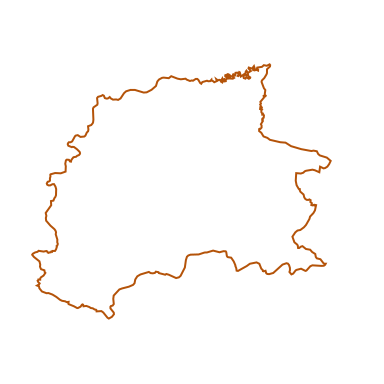 Landak, Kalimantan Barat, Indonesia (Mercator projection), rotated 191°
{"feature_id": "22746128B55433427549228", "entity_name": "Landak", "entity_type": "district", "adm_level": 2, "iso_a3": "IDN", "parent_name": "Indonesia", "parent_adm1": "Kalimantan Barat", "projection": "mercator", "projection_center": [109.722, 0.511], "detail": "fine", "context": "isolated", "style": "outline", "palette": "amber", "viewbox_px": 384, "rotation_deg": 191, "n_neighbors": 0, "source": "geoboundaries", "source_scale": "gbopen_adm2", "svg_char_len": 6003}
<svg xmlns="http://www.w3.org/2000/svg" viewBox="0 0 384 384"><g transform="rotate(191 192 192)"><path d="M47.1,147.1L48.5,146.8L49.6,147.4L53.1,150.5L56.8,150.7L58.1,151.9L59.2,154.7L62.6,156.0L65.0,157.9L69.3,157.8L73.2,159.9L74.6,159.2L76.1,157.5L77.2,157.3L78.0,159.7L78.8,160.5L81.9,162.2L84.9,167.3L82.9,172.1L81.1,174.3L78.4,175.4L75.4,178.7L73.8,181.4L71.6,187.9L71.4,190.4L68.8,194.5L67.8,197.4L67.7,202.8L69.3,202.8L69.6,202.2L70.1,202.5L71.3,201.8L72.4,202.0L72.2,203.9L73.9,204.8L74.0,206.6L75.4,207.1L76.3,206.4L78.0,206.2L79.6,206.9L80.8,208.2L82.0,210.8L85.6,212.9L86.5,214.1L86.7,215.4L87.8,215.4L90.6,218.6L91.1,219.8L92.3,222.8L93.3,230.4L88.7,230.9L86.4,232.2L85.3,233.8L84.1,234.6L78.0,236.9L75.6,236.8L70.8,235.7L71.1,241.3L67.4,240.3L65.9,240.9L64.0,242.7L62.7,245.5L61.8,249.0L66.2,251.5L73.5,252.3L75.4,253.4L77.2,255.8L80.6,255.8L82.6,255.0L92.9,254.9L103.5,255.9L109.6,258.3L114.8,257.7L125.5,258.1L128.3,259.5L132.4,260.2L135.3,263.4L137.7,264.6L138.1,266.6L137.7,267.0L136.9,267.0L136.0,268.5L136.4,270.6L137.3,271.7L136.3,274.3L136.8,276.1L136.2,275.9L136.6,277.9L135.8,278.6L136.0,280.9L137.0,282.0L137.2,281.4L137.8,281.3L138.0,282.4L139.1,283.5L139.5,285.2L139.1,286.2L141.0,286.4L141.1,288.0L139.6,287.8L139.5,288.1L140.1,288.8L140.9,288.8L141.0,289.9L141.8,290.9L141.2,291.9L142.1,293.5L139.4,298.4L140.0,300.0L139.4,300.3L138.2,300.0L138.0,300.6L139.2,301.5L139.5,306.1L141.2,307.6L144.6,313.1L144.8,314.0L144.5,315.1L142.8,317.6L141.3,321.7L141.1,323.1L141.8,326.8L139.4,330.1L139.5,331.5L140.2,332.1L142.6,330.2L145.7,330.2L147.2,328.2L151.7,326.6L151.8,325.8L150.4,324.6L150.3,323.8L152.1,324.2L153.8,323.3L155.2,323.4L155.3,323.9L154.0,325.2L155.2,327.4L156.6,324.6L160.0,325.0L160.1,324.1L157.3,322.0L159.6,319.9L160.4,320.1L161.7,321.5L162.2,320.5L162.2,318.3L161.7,317.2L161.0,316.7L160.0,318.2L159.5,318.2L159.0,316.6L156.7,315.6L156.7,315.0L157.8,314.0L160.4,314.9L160.9,314.7L161.2,313.5L162.9,313.7L163.4,314.8L163.0,317.3L163.3,317.6L166.1,314.7L167.9,318.6L168.6,318.8L168.8,318.1L167.9,315.8L168.7,314.6L169.3,314.7L168.7,316.1L168.9,317.0L170.4,317.8L172.0,317.3L171.8,315.2L172.2,314.3L172.9,314.4L173.7,315.5L174.1,315.3L174.1,313.0L172.5,312.0L173.6,311.0L176.8,310.6L176.0,313.3L178.6,314.5L179.5,314.5L179.9,314.1L177.9,312.6L177.6,311.4L178.0,310.5L178.6,310.8L180.1,313.0L181.5,313.1L181.6,312.2L179.5,310.7L179.5,309.3L180.1,308.5L182.4,309.4L180.5,308.0L180.1,307.2L181.1,306.8L182.2,308.1L183.1,305.3L183.7,305.6L183.3,308.0L183.9,309.2L184.9,306.3L185.9,307.3L186.8,307.3L187.9,306.5L189.7,307.4L188.7,305.7L191.1,304.0L192.6,304.9L193.9,305.0L194.3,306.0L195.3,304.3L197.2,303.8L198.5,304.1L202.8,301.9L203.6,300.0L204.7,300.5L207.2,303.3L208.4,304.0L209.9,303.7L212.3,301.4L213.4,301.5L215.2,300.6L218.7,301.3L219.9,302.0L224.5,300.5L227.8,300.5L234.5,301.7L236.5,299.3L241.5,298.9L243.1,298.4L245.8,296.2L247.1,293.9L247.6,289.2L251.2,284.6L255.5,281.2L258.4,280.4L267.5,281.3L271.8,280.5L275.9,278.3L277.6,276.0L280.0,270.2L282.1,268.3L284.0,268.4L287.2,267.6L289.6,268.4L290.9,269.5L292.4,267.8L293.5,267.4L295.0,267.5L295.5,267.6L296.9,269.7L298.2,270.1L299.4,269.0L302.4,267.5L303.1,266.1L301.6,261.1L301.6,259.6L304.8,256.3L305.1,254.8L302.6,244.2L302.4,241.7L302.6,240.5L303.7,238.5L306.6,236.7L305.6,233.5L305.6,231.8L306.6,230.3L307.4,227.0L308.3,225.9L312.0,224.8L315.0,226.0L316.9,225.2L317.5,224.4L319.3,218.8L320.6,217.7L322.4,217.3L323.1,216.0L323.0,214.9L322.2,213.8L318.5,213.1L317.7,213.6L316.3,213.6L313.2,212.1L310.0,210.0L309.3,208.8L309.4,207.7L310.0,206.7L311.7,205.6L312.5,204.5L315.0,203.5L316.5,200.6L316.6,198.7L317.6,198.7L318.9,200.1L321.0,199.9L321.8,199.0L321.8,195.5L320.8,193.2L320.0,187.9L324.4,185.3L330.0,184.5L334.2,182.4L334.4,182.0L333.9,180.0L334.1,178.5L333.6,176.0L334.6,174.9L335.6,174.5L336.2,172.7L335.6,171.6L334.1,171.1L332.5,171.4L330.5,173.0L329.0,173.4L327.1,171.3L325.9,169.0L324.9,162.9L325.2,161.1L325.9,159.7L326.4,157.1L328.7,156.2L327.7,152.1L331.6,143.5L330.4,140.8L330.5,138.6L329.7,136.0L324.6,132.0L320.0,129.3L318.7,128.1L317.8,126.6L317.7,124.5L315.1,119.6L314.7,117.0L313.8,115.4L314.0,113.9L314.6,113.1L314.2,112.5L314.5,109.9L315.2,108.0L317.8,107.5L317.9,106.6L318.9,106.6L319.2,105.8L320.5,105.5L321.1,104.9L322.2,105.1L322.7,106.0L323.7,106.3L326.3,105.2L331.4,105.0L332.2,103.8L334.4,102.8L336.5,101.0L336.9,99.9L334.8,98.1L328.5,94.8L327.1,91.7L327.0,89.8L326.3,88.6L325.4,87.4L322.0,87.0L321.2,85.1L320.5,84.6L321.8,81.6L324.1,79.3L324.5,78.1L324.3,77.0L326.1,76.8L326.1,76.1L326.6,75.4L325.6,74.1L324.1,73.2L324.5,72.1L326.2,70.6L324.2,70.2L323.4,68.3L320.3,65.7L315.5,64.9L313.6,65.4L309.4,64.7L305.1,63.1L301.0,61.0L298.8,60.4L295.7,60.5L293.9,60.0L292.2,60.6L292.1,58.8L291.7,58.4L286.1,57.3L282.7,56.2L281.9,56.3L279.5,58.2L278.6,60.3L277.9,60.8L277.3,60.5L276.7,59.1L274.0,60.0L270.9,59.5L269.2,58.8L267.2,58.9L265.2,58.1L263.7,58.1L263.3,57.8L262.9,56.6L258.2,57.8L256.1,56.8L251.0,52.5L249.5,51.9L246.8,54.2L245.3,57.1L245.8,58.7L249.8,62.1L250.2,63.7L249.9,64.5L248.2,65.4L247.4,67.1L248.9,72.1L249.1,75.4L244.7,82.5L242.2,84.0L235.9,87.0L232.1,89.6L231.0,91.5L231.0,95.3L229.6,98.8L226.9,101.2L219.1,105.3L217.1,104.5L214.9,104.7L213.0,105.5L212.3,106.9L209.6,106.9L209.1,106.1L202.5,105.7L201.6,106.6L199.1,106.4L191.2,104.5L188.6,105.7L187.2,107.5L184.6,116.5L185.0,124.1L184.6,127.5L183.5,129.0L181.5,130.2L173.5,132.0L168.1,135.0L165.8,135.5L160.1,138.5L153.5,138.1L149.8,139.9L147.6,140.2L146.9,139.5L145.6,135.9L145.0,135.2L144.3,134.9L141.0,135.0L137.8,131.8L135.4,128.3L135.4,127.8L134.0,125.6L133.2,123.3L131.8,123.3L124.1,129.8L121.5,132.6L115.2,135.2L112.2,134.4L109.4,130.0L107.5,128.7L107.3,127.9L106.5,127.8L104.8,128.7L103.6,126.4L102.5,125.9L100.6,126.1L96.8,128.0L89.3,138.0L85.7,140.1L84.2,140.0L82.8,138.8L81.4,136.2L80.9,133.8L81.1,132.1L78.7,130.1L77.1,131.2L75.3,134.8L74.5,135.5L70.3,137.5L65.6,136.2L64.7,136.7L61.7,141.7L59.8,143.0L50.6,144.2L48.5,144.8L47.4,146.0L47.1,147.1Z" fill="none" stroke="#b45309" stroke-width="2"/></g></svg>